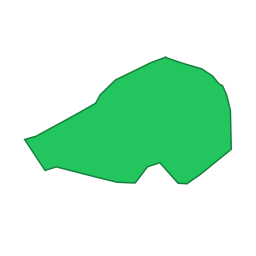 Al Hissn, Sana'a, Yemen (Mercator projection), rotated 171°
{"feature_id": "15242507B2313194184175", "entity_name": "Al Hissn", "entity_type": "district", "adm_level": 2, "iso_a3": "YEM", "parent_name": "Yemen", "parent_adm1": "Sana'a", "projection": "mercator", "projection_center": [44.477, 15.021], "detail": "fine", "context": "isolated", "style": "filled", "palette": "green", "viewbox_px": 256, "rotation_deg": 171, "n_neighbors": 0, "source": "geoboundaries", "source_scale": "gbopen_adm2", "svg_char_len": 1057}
<svg xmlns="http://www.w3.org/2000/svg" viewBox="0 0 256 256"><g transform="rotate(171 128 128)"><path d="M75.0,65.5L74.0,65.9L71.3,67.3L64.8,70.3L29.4,90.8L28.3,98.4L24.1,129.4L24.4,132.6L25.0,140.5L25.4,145.0L27.0,151.1L27.4,152.5L28.1,155.2L30.9,156.8L31.7,158.2L32.2,159.0L36.3,166.1L41.2,170.6L43.2,172.4L46.0,175.0L47.4,175.6L53.6,178.5L64.2,183.5L73.5,188.4L78.0,190.8L78.3,191.0L79.6,192.0L80.0,192.3L80.4,191.9L83.4,191.3L88.1,190.4L89.5,190.1L95.8,188.8L98.0,188.1L105.8,185.7L111.9,183.8L131.4,177.9L132.8,177.4L150.2,165.2L151.4,163.6L153.7,160.6L156.1,157.5L178.6,149.0L182.4,147.7L182.9,147.5L213.0,136.8L220.2,134.2L223.1,133.9L228.0,133.3L231.9,132.8L229.1,126.7L225.5,118.8L224.3,116.1L222.2,111.5L220.6,107.9L218.9,104.3L216.6,99.1L204.9,100.8L169.5,85.5L166.5,84.2L155.5,79.6L147.2,76.1L135.8,73.8L132.8,73.2L129.5,72.6L114.9,86.6L112.6,87.0L102.1,88.8L101.7,88.2L98.5,83.3L96.7,80.4L87.4,66.0L87.1,65.6L81.1,64.3L80.4,64.1L78.6,63.7L77.2,64.4L76.6,64.7L75.2,65.4L75.0,65.5Z" fill="#22c55e" stroke="#15803d" stroke-width="1.5"/></g></svg>